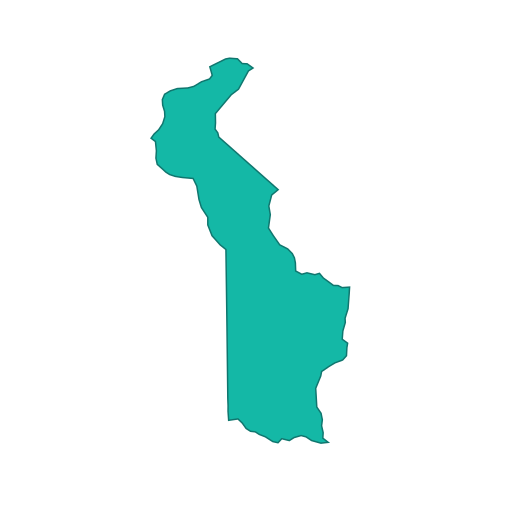 Tuparetama, Pernambuco, Brazil, rotated 218°
{"feature_id": "56859067B75431744769598", "entity_name": "Tuparetama", "entity_type": "district", "adm_level": 2, "iso_a3": "BRA", "parent_name": "Brazil", "parent_adm1": "Pernambuco", "projection": "mercator", "projection_center": [-37.256, -7.697], "detail": "fine", "context": "isolated", "style": "filled", "palette": "teal", "viewbox_px": 512, "rotation_deg": 218, "n_neighbors": 0, "source": "geoboundaries", "source_scale": "gbopen_adm2", "svg_char_len": 1533}
<svg xmlns="http://www.w3.org/2000/svg" viewBox="0 0 512 512"><g transform="rotate(218 256 256)"><path d="M408.9,376.7L401.7,371.4L401.6,366.9L406.2,359.8L409.4,351.4L413.2,346.4L421.1,339.5L425.2,333.4L427.6,327.2L426.1,321.6L422.4,317.4L417.1,313.7L413.6,309.7L411.0,302.8L410.4,295.5L411.4,289.4L411.2,284.2L405.7,284.3L399.2,277.5L395.1,271.5L390.2,267.4L383.4,267.0L378.7,266.6L374.3,267.0L368.7,269.0L362.4,272.5L353.3,278.4L345.6,274.6L335.7,265.4L328.9,260.6L317.8,256.8L313.1,250.8L303.1,244.9L291.0,242.7L283.7,242.6L237.9,185.6L190.6,126.5L185.8,120.8L182.5,116.5L176.4,109.7L169.9,116.5L164.0,115.9L157.6,114.0L152.4,114.5L148.3,117.0L143.6,117.4L137.3,119.3L128.5,120.1L123.7,122.4L123.2,127.9L116.1,131.1L114.2,136.4L109.9,142.3L105.2,144.3L98.6,144.8L89.6,148.5L84.4,153.6L91.2,153.6L94.3,158.1L99.8,162.6L102.9,167.8L107.9,172.1L115.1,174.4L127.5,188.5L131.1,201.3L133.2,205.4L130.5,213.9L128.0,220.4L123.7,227.4L123.3,233.1L128.0,239.8L130.1,243.7L136.8,243.5L141.4,250.4L144.7,258.6L147.5,261.8L151.0,271.1L159.4,283.7L163.1,289.1L168.7,284.1L173.2,283.2L176.8,280.5L189.4,280.1L195.3,281.4L198.1,277.5L205.5,274.1L208.7,269.8L215.5,268.6L220.7,274.8L224.6,278.2L228.8,280.2L235.3,281.1L244.2,279.4L255.0,282.7L263.4,285.7L270.2,297.4L276.7,303.3L281.2,313.7L279.4,321.9L358.6,326.8L361.9,329.5L366.4,330.8L369.8,335.9L375.7,343.2L374.8,367.9L372.5,376.7L375.9,397.2L374.1,402.3L381.3,402.0L385.4,399.1L392.0,400.0L398.6,395.6L401.3,392.5L408.9,376.7Z" fill="#14b8a6" stroke="#0f766e" stroke-width="1.5"/></g></svg>